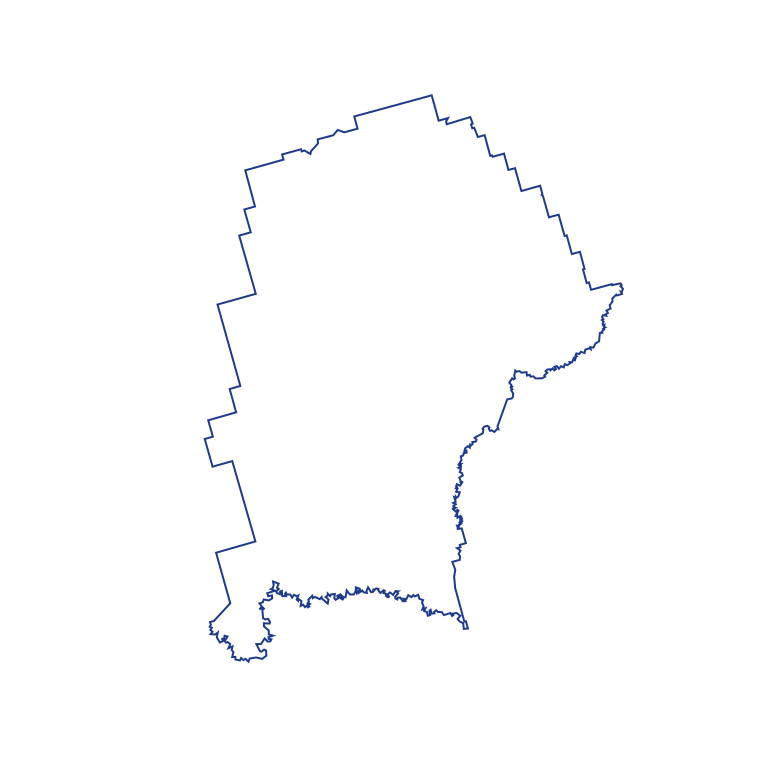 the district of Balranald, New South Wales, Australia, rotated 337°
{"feature_id": "25037944B43785864788030", "entity_name": "Balranald", "entity_type": "district", "adm_level": 2, "iso_a3": "AUS", "parent_name": "Australia", "parent_adm1": "New South Wales", "projection": "mercator", "projection_center": [143.52, -34.044], "detail": "fine", "context": "isolated", "style": "outline", "palette": "blue", "viewbox_px": 768, "rotation_deg": 337, "n_neighbors": 0, "source": "geoboundaries", "source_scale": "gbopen_adm2", "svg_char_len": 6142}
<svg xmlns="http://www.w3.org/2000/svg" viewBox="0 0 768 768"><g transform="rotate(337 384 384)"><path d="M379.9,132.9L379.2,138.2L339.8,133.1L334.6,170.2L323.6,168.8L320.6,192.3L308.7,190.8L301.2,250.9L261.8,245.8L251.0,329.7L240.0,328.3L236.8,352.3L208.0,348.7L205.9,365.6L197.5,364.6L193.9,393.1L214.2,395.7L204.1,478.7L163.5,473.7L156.8,525.8L134.7,535.7L130.8,535.1L130.6,537.9L128.7,539.4L130.3,541.1L128.1,542.5L129.3,545.0L126.7,546.5L130.9,548.7L133.9,547.8L131.1,552.0L131.9,557.8L136.1,557.7L136.7,556.3L134.6,555.3L137.5,555.7L138.9,553.4L141.3,555.3L137.0,558.4L137.5,560.4L139.3,560.5L140.8,563.3L137.6,566.4L142.0,566.3L139.9,569.3L140.6,572.0L137.6,576.0L140.5,577.1L139.6,579.5L143.4,582.2L145.4,580.4L146.6,583.1L149.2,583.0L150.7,586.6L153.1,584.2L159.5,585.8L164.5,589.4L169.6,588.1L171.3,583.2L169.8,581.6L166.7,582.5L165.4,581.5L164.9,573.5L169.2,575.3L174.8,571.6L176.2,575.6L178.8,576.5L180.6,575.0L178.3,573.6L178.8,571.8L183.5,572.3L180.1,569.4L181.6,565.9L178.8,560.1L180.0,557.3L185.0,559.8L186.1,558.7L185.6,554.9L182.6,554.3L181.2,552.2L183.8,544.4L185.7,543.9L185.4,542.8L181.3,542.6L184.6,541.3L183.7,537.3L187.1,537.6L189.1,535.4L193.6,538.3L197.3,537.6L198.3,534.8L194.5,534.1L194.8,531.0L202.9,531.7L199.8,528.6L202.0,528.3L203.8,526.1L204.7,522.5L209.0,526.6L205.9,529.7L207.0,531.6L203.7,532.7L203.7,534.5L206.2,536.9L207.4,534.4L209.1,534.5L207.5,539.5L210.9,541.0L211.0,538.3L212.2,537.7L212.4,539.9L215.5,541.2L216.0,544.7L218.8,542.9L220.7,545.3L222.4,545.2L219.4,548.3L220.2,550.1L221.3,548.4L223.2,551.6L220.6,555.7L223.3,555.5L224.1,558.5L226.6,557.7L226.7,559.8L228.3,559.6L227.7,557.6L229.7,557.5L228.2,555.9L229.8,555.1L230.1,552.9L235.2,550.9L234.8,553.3L237.2,553.0L240.9,557.0L243.3,555.7L243.1,557.4L246.4,564.2L248.7,560.7L247.0,557.3L249.5,556.7L250.3,555.0L251.5,558.2L253.0,557.0L256.7,558.1L254.6,561.6L255.1,563.7L257.7,563.5L258.3,560.7L260.2,560.7L259.5,563.2L261.8,566.2L262.9,565.3L261.4,563.2L262.0,561.5L263.5,564.7L265.3,565.2L269.0,559.4L270.3,564.4L274.1,565.9L277.2,563.4L278.6,560.2L280.6,562.0L278.4,561.9L277.4,565.9L282.1,563.5L279.9,566.3L283.4,565.7L283.8,567.7L286.6,569.6L286.8,568.0L289.9,564.9L290.8,570.6L292.6,571.0L294.4,568.2L294.0,570.3L296.8,569.1L298.8,570.3L298.0,571.3L299.0,574.9L303.1,573.7L303.9,574.6L301.9,576.3L303.6,577.5L303.1,580.2L304.4,581.9L305.4,581.7L305.4,578.9L308.1,578.2L310.0,581.7L313.8,579.1L315.8,580.2L314.5,580.3L315.2,582.2L311.2,584.2L310.7,585.9L312.0,587.5L313.2,586.1L315.5,586.9L316.4,591.3L318.7,592.1L318.2,589.4L320.4,590.9L323.8,587.9L326.0,590.9L328.5,589.7L329.4,591.6L333.1,591.4L332.7,595.6L335.5,598.2L333.6,600.0L333.6,604.3L331.2,606.5L334.5,606.6L332.2,608.5L334.4,610.7L333.8,614.4L336.1,614.8L337.1,610.6L338.7,610.1L338.1,613.9L340.8,614.8L341.1,613.4L343.7,612.7L344.5,614.8L348.1,616.6L348.8,620.1L355.6,620.8L356.1,624.2L357.4,623.8L357.1,622.2L361.3,623.1L363.7,627.2L360.0,628.9L360.8,632.1L363.4,635.1L361.8,640.6L365.7,641.9L366.7,634.4L365.1,634.1L369.8,599.6L373.3,588.8L377.0,582.9L377.4,574.4L385.0,575.5L386.6,572.6L386.4,569.4L389.3,567.3L387.1,563.6L390.6,564.2L390.9,561.7L397.2,562.5L399.1,547.3L394.4,546.0L396.9,546.2L395.7,545.7L395.9,543.5L396.9,544.8L397.8,543.3L399.0,543.9L398.2,543.1L399.6,543.0L399.1,541.2L400.2,540.5L399.9,542.0L400.9,542.2L400.8,540.6L401.2,541.6L402.5,540.9L401.4,539.0L404.1,538.5L402.9,538.6L403.2,537.0L401.6,537.7L402.4,535.4L399.4,535.8L400.3,533.1L399.0,533.9L398.3,533.4L403.0,529.7L402.4,528.5L400.5,529.9L398.8,526.6L401.2,526.0L399.7,525.3L400.9,524.9L400.2,523.4L403.1,522.7L401.3,520.5L404.0,520.4L404.4,515.7L405.4,517.0L406.0,515.8L406.3,517.0L408.4,516.6L411.4,513.3L408.3,511.4L410.8,509.0L409.5,508.1L411.0,507.3L410.0,505.5L410.9,506.2L411.9,504.7L414.4,507.3L416.5,505.8L416.1,504.7L417.6,504.7L416.6,503.1L416.8,499.5L420.8,499.0L420.9,496.4L419.3,494.8L421.5,492.4L419.9,490.3L422.3,490.5L422.9,489.2L421.9,489.7L421.2,487.9L423.3,487.5L421.8,486.9L425.6,484.3L426.5,480.6L429.1,480.7L430.3,478.8L433.3,479.4L433.7,477.8L432.2,478.4L431.7,477.2L433.8,474.8L437.0,474.0L438.1,476.1L439.7,473.3L440.6,474.5L442.4,473.6L442.7,471.9L446.0,472.9L447.4,471.4L446.5,468.9L455.7,467.9L457.6,465.0L457.2,463.8L459.6,462.4L463.0,463.0L464.0,465.2L463.0,466.0L463.3,468.5L464.8,468.6L466.9,471.3L470.5,469.6L471.6,470.4L471.9,467.4L491.4,446.3L495.8,447.2L497.6,446.3L499.2,443.2L498.6,439.4L500.1,439.0L499.4,437.6L500.8,436.6L499.7,436.1L500.8,434.8L499.9,431.7L504.2,428.9L505.0,430.4L506.8,430.1L507.0,427.5L510.1,422.9L510.8,424.4L513.8,425.1L515.0,427.3L519.8,428.8L518.9,432.1L521.8,432.5L521.7,434.4L524.6,435.4L525.7,438.1L531.7,440.5L535.2,440.2L534.9,438.8L538.7,437.5L537.8,435.2L540.1,434.5L542.6,435.3L542.6,436.4L545.3,435.5L546.0,437.9L548.1,437.5L547.6,434.8L550.1,435.0L551.0,438.3L554.0,436.8L555.9,438.9L558.2,436.4L560.1,438.2L563.4,437.7L563.4,436.3L565.7,437.5L567.6,435.5L568.9,436.8L569.9,435.7L568.9,435.7L569.7,434.9L568.9,434.4L568.9,434.1L572.3,433.8L571.6,432.5L573.0,431.0L575.5,432.7L577.7,431.3L580.8,433.8L582.8,431.0L587.2,431.4L587.9,432.7L588.4,430.8L591.0,432.3L594.4,429.4L598.7,428.7L602.6,421.4L604.9,422.1L604.9,421.0L607.7,419.9L607.2,418.9L609.6,418.4L608.8,417.8L610.1,415.6L608.7,415.7L608.6,414.3L610.5,412.3L609.6,410.3L611.3,410.0L610.8,407.6L612.3,406.2L615.2,407.9L614.9,406.6L617.9,406.1L617.5,403.3L622.0,403.1L622.6,399.6L626.6,397.4L627.6,394.5L632.7,392.5L633.1,393.6L638.4,394.0L638.1,391.5L638.9,392.1L641.2,389.7L639.9,386.4L641.3,386.1L641.1,383.8L632.5,382.1L632.7,381.1L611.4,378.2L612.4,370.6L610.0,370.3L612.0,356.2L613.6,356.4L616.0,338.9L607.7,337.7L610.3,318.6L608.1,318.3L610.9,296.4L601.0,295.0L603.8,272.8L603.0,271.6L604.1,270.7L605.2,262.5L585.9,260.0L588.9,236.5L582.2,235.6L584.5,218.8L572.8,217.3L572.9,215.8L570.9,215.5L573.9,194.3L566.9,193.3L567.2,183.4L565.2,183.1L565.5,179.1L567.4,178.9L567.7,172.0L543.3,169.4L543.7,166.6L546.8,164.2L537.2,163.0L540.7,136.9L461.2,126.1L459.4,138.7L445.8,136.8L440.7,132.1L434.5,135.2L418.6,132.9L417.2,136.8L407.8,141.2L406.1,143.5L402.0,138.0L399.1,137.7L399.4,135.5L379.9,132.9Z" fill="none" stroke="#1e3a8a" stroke-width="2"/></g></svg>